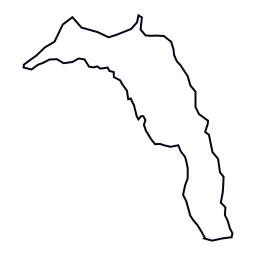 Eledio, Paphos, Cyprus
{"feature_id": "46923920B56719534080492", "entity_name": "Eledio", "entity_type": "district", "adm_level": 2, "iso_a3": "CYP", "parent_name": "Cyprus", "parent_adm1": "Paphos", "projection": "albers", "projection_center": [32.562, 34.811], "detail": "fine", "context": "isolated", "style": "outline", "palette": "ink", "viewbox_px": 256, "rotation_deg": 0, "n_neighbors": 0, "source": "geoboundaries", "source_scale": "gbopen_adm2", "svg_char_len": 1382}
<svg xmlns="http://www.w3.org/2000/svg" viewBox="0 0 256 256"><path d="M23.6,67.5L31.5,69.5L38.0,64.7L42.8,63.0L49.5,59.5L56.9,59.2L63.6,63.2L72.4,62.0L78.7,58.5L84.5,59.4L89.0,66.6L93.5,67.4L97.3,66.4L100.1,68.5L103.1,68.3L107.6,67.5L109.4,70.9L113.7,72.1L113.9,77.1L117.5,79.0L120.1,80.3L122.3,84.3L127.0,90.8L127.8,96.5L128.2,99.2L130.8,98.5L131.9,101.2L133.9,105.1L134.9,109.0L136.7,116.2L138.4,119.4L141.0,116.2L143.3,116.2L145.4,120.0L143.9,124.9L144.9,127.7L145.9,130.7L148.1,134.3L151.3,139.5L155.1,144.2L159.8,143.9L165.3,145.6L170.6,146.8L178.3,145.3L180.9,151.6L184.9,156.7L186.0,159.9L187.7,168.1L187.7,178.3L185.1,185.3L183.1,194.8L186.4,201.6L190.2,215.5L193.1,220.0L197.4,225.0L201.4,231.5L205.0,238.1L204.4,238.5L212.2,240.6L223.0,238.3L231.2,237.3L231.6,237.3L232.4,233.3L229.9,228.3L227.6,220.6L224.9,215.0L225.4,207.4L220.8,202.6L222.6,193.4L223.1,187.9L223.6,176.9L220.0,172.3L218.1,158.9L212.5,152.2L210.2,141.1L209.0,134.9L205.2,131.9L207.8,123.7L208.0,120.7L199.0,114.1L195.5,107.1L195.5,100.9L195.5,91.7L190.4,85.5L187.6,76.0L180.3,65.0L176.9,61.4L174.1,55.0L173.5,49.2L171.1,41.7L163.8,36.0L156.2,35.6L150.7,35.8L145.5,35.4L140.6,29.6L141.1,24.6L141.9,17.4L138.5,15.4L137.0,22.4L131.1,29.0L116.8,34.7L108.7,37.3L97.6,32.1L81.5,27.6L72.4,17.2L62.8,24.5L54.5,41.7L44.9,47.4L36.4,55.5L23.9,64.6L23.6,67.5Z" fill="none" stroke="#020617" stroke-width="2"/></svg>